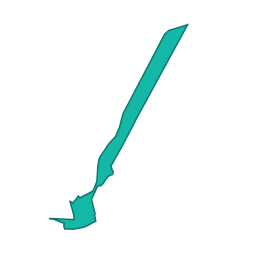 Maadi, Al Qahirah, Egypt (Equal Earth projection), rotated 301°
{"feature_id": "37247803B90563077233192", "entity_name": "Maadi", "entity_type": "district", "adm_level": 2, "iso_a3": "EGY", "parent_name": "Egypt", "parent_adm1": "Al Qahirah", "projection": "equal_earth", "projection_center": [31.283, 29.963], "detail": "fine", "context": "isolated", "style": "filled", "palette": "teal", "viewbox_px": 256, "rotation_deg": 301, "n_neighbors": 0, "source": "geoboundaries", "source_scale": "gbopen_adm2", "svg_char_len": 4433}
<svg xmlns="http://www.w3.org/2000/svg" viewBox="0 0 256 256"><g transform="rotate(301 128 128)"><path d="M8.8,125.8L9.5,126.5L13.0,133.1L16.7,137.3L20.4,141.3L23.7,143.7L28.7,146.5L31.4,148.4L31.5,148.3L32.7,147.2L33.6,146.7L33.9,146.4L34.3,146.0L34.7,145.5L34.8,145.3L35.0,145.2L35.9,144.3L37.0,144.2L37.3,144.1L38.1,143.4L38.8,142.8L39.3,142.3L39.4,142.1L39.6,142.0L39.8,141.8L39.9,141.7L40.0,141.6L40.2,141.4L40.3,141.3L40.5,141.1L40.8,140.8L41.1,140.4L41.5,140.0L41.8,139.7L42.3,139.2L43.0,138.5L43.7,137.8L44.3,137.2L44.8,136.7L45.3,136.3L45.6,135.9L46.1,135.4L46.4,135.2L46.9,134.6L47.1,134.4L47.4,134.1L47.6,133.9L47.8,133.7L48.0,133.6L48.4,133.5L49.0,133.4L49.7,133.3L50.0,133.3L51.0,133.1L52.1,133.0L53.1,132.9L55.0,132.7L56.1,132.6L59.3,132.2L61.5,132.0L61.8,132.0L62.0,132.1L62.4,132.1L62.6,132.2L62.8,132.2L62.9,132.3L63.0,132.4L63.2,132.5L63.3,132.6L63.5,132.7L63.6,132.8L63.7,133.0L63.8,133.0L64.5,134.4L64.6,134.5L67.1,135.1L67.3,135.2L67.8,135.3L68.2,135.3L68.7,135.4L69.3,135.4L70.3,135.3L71.2,135.3L71.7,135.4L72.1,135.4L73.1,135.5L73.8,135.6L74.6,135.6L75.1,135.7L75.7,135.8L76.2,136.0L76.5,136.1L77.2,136.4L77.8,136.8L78.3,137.1L78.6,137.4L78.9,137.6L79.3,137.9L79.7,138.2L80.2,138.4L80.8,138.5L81.1,138.5L81.5,138.4L81.8,138.3L82.1,138.2L82.4,138.0L82.7,137.8L83.0,137.6L83.4,137.2L83.6,136.9L83.6,136.7L83.7,136.4L83.8,136.1L83.8,135.7L84.0,135.4L84.3,135.2L84.6,135.1L84.9,135.1L85.1,135.0L85.2,134.8L85.5,134.4L86.8,132.9L87.2,132.5L87.3,132.4L87.6,132.4L87.9,132.5L88.1,132.7L88.5,132.8L89.2,133.0L89.8,133.0L90.9,132.9L91.6,132.9L92.4,132.8L93.1,132.7L103.6,132.5L104.0,132.5L104.9,132.5L106.9,132.4L121.3,131.6L137.0,130.7L140.2,130.4L247.2,125.9L232.6,112.7L227.2,111.1L221.8,111.4L214.1,111.9L188.7,113.4L185.0,113.6L161.4,115.0L144.5,116.0L140.1,116.2L139.6,116.3L138.5,116.4L137.1,116.6L136.3,116.9L134.9,117.3L133.6,117.6L131.7,118.1L129.6,118.7L128.2,119.2L126.9,119.5L124.8,120.2L123.7,120.4L122.5,120.5L121.4,120.7L120.2,120.9L119.3,121.0L117.6,121.3L116.0,121.5L115.3,121.6L114.5,121.7L114.4,121.7L114.2,121.7L113.8,121.6L113.1,121.4L110.9,121.0L108.9,120.6L107.1,120.2L103.5,119.6L101.8,119.5L98.4,119.4L95.0,119.2L92.6,119.0L91.6,119.0L88.5,118.9L87.3,119.0L86.5,119.2L84.8,119.8L82.2,120.9L81.8,121.0L79.9,121.8L78.9,122.2L75.7,123.9L72.6,125.5L69.4,127.2L67.0,128.4L65.4,129.0L64.6,129.0L64.4,129.1L64.1,129.1L63.9,129.2L63.6,129.3L63.4,129.3L63.1,129.4L61.7,129.5L60.1,129.8L57.7,130.2L56.8,130.3L56.7,130.3L56.2,130.3L55.8,130.2L55.7,130.2L55.4,130.1L55.2,130.0L55.0,129.9L54.9,129.8L54.8,129.7L54.7,129.7L53.3,128.8L51.0,127.5L49.9,126.8L48.6,125.9L47.3,125.1L46.1,124.4L44.6,123.5L43.8,123.0L43.7,123.0L43.7,122.9L43.5,122.7L43.4,122.4L43.5,122.3L44.1,120.5L36.1,119.6L35.0,119.4L35.2,118.3L35.4,116.7L35.6,115.9L35.7,115.7L34.8,116.4L34.0,117.3L33.1,118.2L32.9,118.5L32.4,119.0L30.4,121.2L30.3,121.3L30.0,121.7L29.8,121.8L29.7,122.0L29.3,122.4L28.8,122.9L28.3,123.4L27.8,123.9L27.3,124.4L27.3,124.5L27.2,124.6L27.0,124.8L26.9,124.9L26.8,125.0L26.7,125.1L26.6,125.3L26.5,125.5L26.4,125.5L26.3,125.8L26.2,125.8L26.0,126.0L25.8,126.1L25.6,126.2L25.3,126.4L25.2,126.5L24.9,126.7L24.8,126.8L24.7,127.0L24.4,127.2L23.1,128.0L21.8,129.0L21.6,128.8L21.5,128.5L21.3,128.2L21.2,127.9L21.0,127.7L20.9,127.4L20.6,126.9L20.4,126.4L20.1,125.9L19.8,125.4L19.5,124.9L19.3,124.4L19.0,124.0L18.7,123.5L18.3,122.7L17.9,122.0L17.5,121.3L17.2,120.6L16.7,119.8L16.6,119.5L16.3,119.0L16.2,118.8L15.8,118.2L15.5,117.5L15.4,117.4L15.3,117.2L15.0,116.5L14.6,115.9L14.2,115.0L13.8,114.2L13.5,113.7L13.3,113.2L13.1,112.9L12.9,112.5L12.8,112.4L12.4,111.7L12.1,111.0L11.8,110.5L11.5,109.9L10.9,108.9L10.2,107.6L9.9,107.9L10.0,108.1L10.1,108.3L10.2,108.5L10.3,108.6L10.4,108.8L10.5,109.0L10.6,109.3L10.7,109.5L10.8,109.8L10.9,110.0L11.0,110.3L11.2,110.5L11.3,110.8L11.3,111.0L11.5,111.3L11.5,111.5L11.6,111.8L11.6,112.0L11.7,112.3L11.8,112.5L11.8,112.8L11.9,113.1L11.9,113.4L11.9,113.5L12.0,113.8L12.0,114.3L12.1,114.7L12.2,114.9L12.2,115.1L12.2,115.3L12.3,116.2L12.4,116.6L12.5,117.0L12.5,117.4L12.6,117.8L12.7,118.3L12.8,118.8L12.9,119.8L13.0,120.3L13.1,120.8L13.2,121.3L13.3,121.8L13.3,122.0L13.5,122.3L13.4,122.3L13.2,122.4L13.1,122.5L12.8,122.6L12.6,122.8L12.4,122.8L12.2,123.0L11.9,123.1L11.6,123.3L11.4,123.3L11.2,123.5L10.9,123.6L10.7,123.7L10.6,123.8L10.4,123.9L10.4,124.0L10.2,124.2L10.1,124.3L9.9,124.5L9.7,124.7L9.6,124.8L8.9,125.7L8.8,125.8Z" fill="#14b8a6" stroke="#0f766e" stroke-width="1.5"/></g></svg>